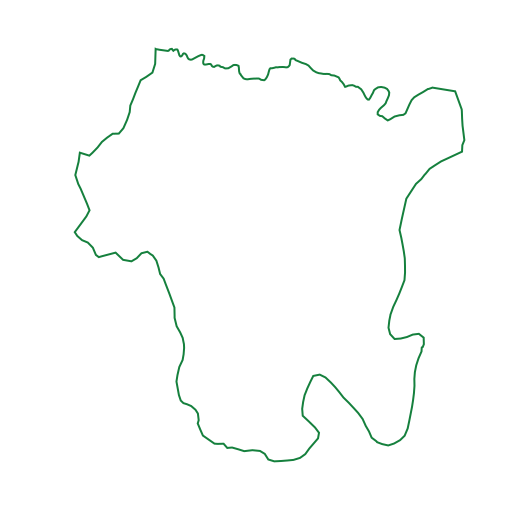 Ash shaghadirah, Hajjah, Yemen (Natural Earth projection), rotated 188°
{"feature_id": "15242507B87053046853902", "entity_name": "Ash shaghadirah", "entity_type": "district", "adm_level": 2, "iso_a3": "YEM", "parent_name": "Yemen", "parent_adm1": "Hajjah", "projection": "natural_earth1", "projection_center": [43.498, 15.607], "detail": "fine", "context": "isolated", "style": "outline", "palette": "green", "viewbox_px": 512, "rotation_deg": 188, "n_neighbors": 0, "source": "geoboundaries", "source_scale": "gbopen_adm2", "svg_char_len": 4993}
<svg xmlns="http://www.w3.org/2000/svg" viewBox="0 0 512 512"><g transform="rotate(188 256 256)"><path d="M271.0,64.4L267.9,64.6L262.0,65.6L257.7,61.9L256.7,62.2L253.0,63.0L246.5,62.1L240.5,61.1L232.5,63.2L224.9,63.5L219.8,61.3L215.5,56.2L209.3,55.2L202.6,56.5L196.3,57.9L190.5,59.3L187.5,60.7L184.3,62.2L179.6,66.7L176.4,72.8L169.2,84.0L169.0,89.7L173.7,94.4L181.5,100.1L187.5,104.3L189.0,111.1L189.0,118.0L188.5,124.9L187.6,128.5L186.8,131.9L184.7,138.9L182.6,145.2L176.4,147.4L170.3,145.4L164.1,141.0L159.3,137.1L154.5,132.7L149.7,128.0L143.6,123.5L138.8,119.6L138.4,119.3L132.9,114.7L127.7,109.4L124.1,103.7L123.9,103.3L119.7,98.0L116.2,92.2L111.7,89.7L110.6,89.0L110.2,88.5L104.9,87.3L98.7,86.8L93.2,89.5L87.7,93.7L83.8,98.7L81.8,106.3L81.3,113.6L80.9,120.9L80.5,128.2L80.4,135.0L80.5,142.1L81.0,149.5L82.1,156.4L82.5,163.1L82.1,170.1L80.8,177.4L78.8,184.5L79.1,188.0L79.1,188.5L78.6,188.9L78.2,189.1L77.5,192.0L78.6,198.5L83.9,201.6L89.8,200.0L95.2,196.8L101.2,194.4L107.2,193.1L112.3,197.3L114.8,203.4L115.0,210.7L114.7,215.7L114.7,216.6L113.0,224.8L110.8,231.9L109.0,238.3L107.3,245.3L105.6,252.7L106.1,260.3L107.1,267.1L108.2,273.6L108.4,274.6L110.3,281.2L112.5,287.9L114.6,294.1L117.5,301.7L116.7,313.8L115.1,333.7L107.6,349.7L103.0,355.2L100.3,360.0L99.6,360.9L96.2,366.5L91.3,370.8L85.8,375.5L80.2,379.1L66.5,388.0L67.1,394.5L65.8,399.7L67.7,406.8L69.6,413.8L71.0,420.7L72.3,428.0L72.7,429.8L81.7,446.8L104.8,447.3L104.9,447.2L105.8,446.7L108.4,445.4L109.0,445.3L113.4,441.6L117.6,438.4L121.4,435.2L123.6,432.0L125.2,427.3L126.6,422.3L127.8,418.1L129.7,416.3L133.6,415.3L138.2,413.4L142.1,410.1L144.4,408.6L147.5,410.1L150.4,412.0L152.8,412.0L155.2,413.2L155.5,415.4L154.4,418.0L153.0,420.0L150.2,423.2L148.9,425.2L148.4,427.4L147.5,430.4L146.7,433.6L146.8,436.4L147.8,438.0L149.5,439.7L152.1,440.6L155.6,440.8L158.6,440.0L161.1,437.9L162.2,436.6L162.9,433.8L163.8,431.6L164.9,428.5L165.9,426.6L166.5,426.5L167.1,426.5L168.4,427.4L169.7,428.8L170.8,430.3L172.4,432.7L173.7,434.2L175.0,435.7L177.4,437.0L178.6,437.7L180.6,437.5L182.6,438.3L184.4,438.6L186.5,438.1L188.2,437.6L190.2,436.4L191.3,435.9L192.1,436.9L192.9,438.1L195.0,440.2L197.0,441.6L198.1,443.3L199.1,444.4L203.5,445.6L206.7,445.5L208.5,446.3L208.8,446.3L209.9,446.3L211.2,446.2L212.7,445.9L214.7,445.7L216.9,445.8L219.3,445.8L221.9,446.3L225.3,447.7L228.0,449.8L230.5,451.9L233.3,453.0L237.4,453.7L242.1,455.0L244.1,455.5L244.9,456.4L246.0,456.8L247.0,456.6L248.2,456.5L249.2,455.3L249.2,453.4L249.2,451.0L249.2,449.8L249.9,448.5L250.9,447.4L252.3,447.0L254.2,447.0L255.7,446.9L256.3,446.8L259.3,446.3L260.9,445.8L262.5,445.7L264.0,445.0L266.4,444.1L267.9,443.9L268.6,442.8L268.9,440.9L269.1,439.3L269.3,437.4L269.7,436.1L270.0,435.0L270.6,433.6L271.5,432.0L272.4,431.2L273.5,431.2L275.5,431.2L277.3,432.0L278.1,432.1L278.8,432.0L282.7,431.4L286.3,430.6L287.3,430.3L288.9,429.8L290.3,429.7L291.6,429.8L293.1,430.2L294.8,431.8L296.1,433.0L296.5,433.8L297.4,434.3L297.7,434.8L298.0,435.5L298.4,436.5L298.8,438.2L299.2,440.2L299.7,441.7L299.8,441.9L301.8,442.4L303.5,442.3L305.0,441.9L306.1,440.8L307.3,439.8L309.5,438.1L311.7,437.6L312.8,437.5L313.9,437.9L315.1,438.4L316.2,438.4L317.6,438.5L318.6,439.4L319.5,439.4L320.2,439.5L321.4,439.2L322.6,438.4L323.8,437.4L325.2,437.5L326.2,438.1L327.1,439.4L328.1,439.8L329.8,439.5L331.4,438.9L333.2,438.4L334.4,438.6L335.0,439.4L335.3,440.7L335.3,442.3L334.9,444.1L334.9,445.8L335.0,446.9L336.8,447.7L338.0,447.6L339.4,446.8L340.9,445.9L342.7,444.6L346.5,441.8L347.8,441.3L349.4,441.4L350.3,441.8L351.0,442.5L351.7,443.5L352.1,444.3L352.7,445.1L352.9,445.4L353.8,446.2L354.7,446.6L355.7,446.6L356.4,446.0L356.7,445.1L357.2,444.0L358.2,443.1L358.9,443.2L359.8,444.1L360.5,445.6L361.5,447.7L362.0,448.7L362.6,449.5L363.5,449.5L364.7,449.2L365.6,448.6L366.4,447.7L367.1,448.2L367.4,448.6L368.1,449.4L368.6,449.3L369.4,449.0L370.2,448.5L371.1,447.1L372.0,446.8L373.9,446.8L376.0,446.8L378.4,446.8L378.5,446.8L380.5,446.8L382.1,446.9L383.6,446.9L384.2,447.1L382.6,432.2L384.1,423.2L389.7,418.0L394.7,414.0L396.4,407.3L398.1,400.8L399.6,394.2L400.0,392.7L401.4,387.5L401.1,380.9L402.6,372.9L403.3,370.4L405.1,364.1L408.9,358.1L415.0,357.1L419.9,352.5L424.5,347.5L428.0,341.4L432.0,335.9L432.2,335.6L435.0,332.2L444.8,333.8L444.8,324.5L445.0,322.7L446.2,311.0L442.0,302.5L439.0,298.2L430.6,284.2L427.2,278.1L429.5,271.6L438.8,254.4L435.8,251.0L430.5,247.5L424.4,245.9L418.7,241.5L414.7,234.8L411.5,233.0L408.6,234.3L395.5,239.8L387.1,233.7L378.6,233.4L373.8,237.2L369.8,242.8L364.1,245.1L361.8,243.8L361.0,243.3L360.3,243.0L358.3,242.1L354.0,237.5L350.9,231.0L348.7,225.5L348.5,224.9L344.3,220.7L341.7,215.9L336.8,207.1L329.6,193.6L328.3,185.5L328.0,183.4L324.8,175.4L320.4,169.7L317.2,164.7L316.0,161.2L315.1,158.7L314.4,155.0L314.0,148.6L314.2,142.8L316.5,135.4L317.2,127.1L317.3,120.6L313.0,107.6L310.4,102.4L307.4,100.2L303.7,99.6L299.3,98.4L294.5,95.3L291.6,91.9L289.9,85.4L290.4,82.1L287.0,76.3L283.6,70.8L271.0,64.4Z" fill="none" stroke="#15803d" stroke-width="2"/></g></svg>